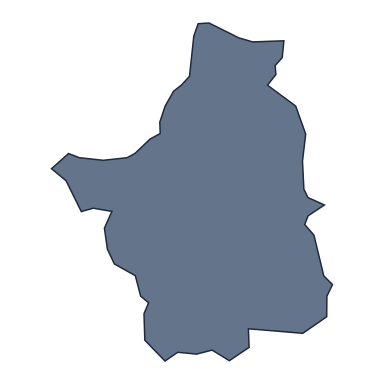 the border of Limavady
{"feature_id": "GBR-2102", "entity_name": "Limavady", "entity_type": "District", "adm_level": 1, "iso_a3": "GBR", "parent_name": "United Kingdom", "parent_adm1": "", "projection": "natural_earth1", "projection_center": [-6.961, 55.005], "detail": "fine", "context": "isolated", "style": "filled", "palette": "slate", "viewbox_px": 384, "rotation_deg": 0, "n_neighbors": 0, "source": "natural_earth", "source_scale": "10m", "svg_char_len": 829}
<svg xmlns="http://www.w3.org/2000/svg" viewBox="0 0 384 384"><path d="M68.4,153.5L79.4,157.7L103.3,160.3L127.1,157.7L135.0,153.4L150.1,139.0L160.2,133.5L159.8,122.1L165.3,105.8L173.6,91.2L181.5,85.0L189.5,76.3L193.8,36.1L198.1,23.7L209.0,23.0L238.9,37.9L252.6,41.9L283.9,40.8L283.1,49.0L282.2,57.7L275.1,65.6L275.9,74.5L267.5,85.2L295.7,106.1L305.7,134.1L302.5,161.0L303.9,189.2L307.9,197.5L324.4,205.0L308.1,215.8L304.7,224.5L313.9,235.1L323.8,275.9L332.5,284.6L326.9,296.2L326.7,316.7L302.8,333.3L248.4,328.8L249.1,347.4L229.3,360.7L212.1,350.1L196.6,354.1L177.7,352.3L165.0,361.0L144.8,340.2L144.0,313.7L148.6,302.8L140.7,296.2L135.3,275.7L114.4,264.0L107.4,249.2L104.4,228.2L111.9,211.4L93.0,208.2L81.3,211.6L66.1,180.8L51.5,168.7L67.8,154.2L68.3,153.5L68.4,153.5Z" fill="#64748b" stroke="#1e293b" stroke-width="1.5"/></svg>